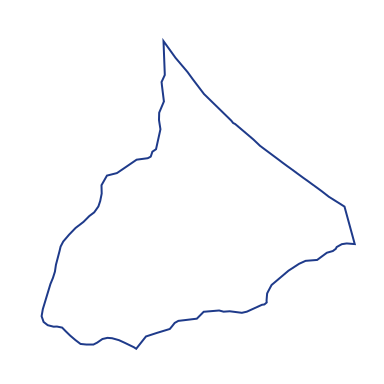 Yumbi, Bandundu, Democratic Republic of the Congo (orthographic projection), rotated 86°
{"feature_id": "63176286B53648445078824", "entity_name": "Yumbi", "entity_type": "district", "adm_level": 2, "iso_a3": "COD", "parent_name": "Democratic Republic of the Congo", "parent_adm1": "Bandundu", "projection": "orthographic", "projection_center": [16.525, -2.097], "detail": "fine", "context": "isolated", "style": "outline", "palette": "blue", "viewbox_px": 384, "rotation_deg": 86, "n_neighbors": 0, "source": "geoboundaries", "source_scale": "gbopen_adm2", "svg_char_len": 1641}
<svg xmlns="http://www.w3.org/2000/svg" viewBox="0 0 384 384"><g transform="rotate(86 192 192)"><path d="M169.7,275.7L178.9,281.8L187.3,282.2L194.6,284.2L199.9,286.4L205.5,291.0L208.8,296.1L214.3,302.4L219.7,310.6L226.0,317.6L232.4,323.9L237.3,326.9L241.8,328.3L249.2,330.8L255.1,332.8L261.9,334.3L268.0,336.7L273.8,339.6L282.2,342.8L290.1,345.8L298.5,349.0L305.4,350.7L311.3,349.1L314.8,345.2L316.7,339.5L316.8,336.1L318.2,331.0L322.1,327.7L326.7,323.6L331.6,318.6L335.8,313.8L336.8,308.0L337.3,301.0L335.7,297.2L332.4,291.6L331.6,286.5L332.3,281.9L334.7,275.2L337.7,269.7L342.8,260.8L344.5,258.6L332.9,248.0L330.1,236.8L327.1,223.7L324.6,221.3L321.4,218.4L319.6,214.6L319.3,208.0L318.7,196.0L312.3,188.7L312.1,173.2L313.6,168.8L313.6,162.7L316.0,150.7L315.2,145.6L309.4,130.1L309.2,127.6L307.4,125.2L305.5,125.2L302.1,124.7L300.2,124.4L298.4,124.1L296.7,123.1L293.5,121.1L290.3,119.1L277.2,101.2L272.1,92.0L271.1,90.2L268.6,83.5L268.5,71.9L264.8,66.1L262.0,61.7L260.7,55.6L259.4,53.6L258.8,52.6L257.0,51.5L254.5,46.2L254.1,41.3L255.3,33.3L248.7,34.6L217.2,40.9L206.3,55.8L200.2,62.6L197.3,66.0L192.2,72.1L189.4,75.4L185.8,79.8L174.2,93.5L172.9,95.1L171.7,96.5L169.0,99.7L166.0,103.1L150.7,120.9L143.9,127.1L127.2,144.2L126.0,146.2L123.9,147.6L123.6,147.8L95.1,173.2L79.5,183.4L72.0,188.1L57.0,199.1L39.5,209.9L71.4,210.9L73.4,211.0L80.2,214.7L81.8,214.6L82.8,214.6L99.8,213.7L100.4,214.1L100.9,214.3L110.6,219.2L117.8,219.9L120.4,219.7L127.2,219.1L146.8,224.9L148.1,227.1L149.0,228.7L151.2,229.6L153.8,230.7L154.4,231.9L155.2,233.8L155.9,245.0L163.1,257.3L167.9,265.6L169.7,275.7Z" fill="none" stroke="#1e3a8a" stroke-width="2"/></g></svg>